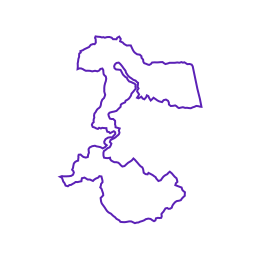 Iúna, Espírito Santo, Brazil, rotated 76°
{"feature_id": "56859067B16281611265313", "entity_name": "Iúna", "entity_type": "district", "adm_level": 2, "iso_a3": "BRA", "parent_name": "Brazil", "parent_adm1": "Espírito Santo", "projection": "mercator", "projection_center": [-41.662, -20.355], "detail": "fine", "context": "isolated", "style": "outline", "palette": "violet", "viewbox_px": 256, "rotation_deg": 76, "n_neighbors": 0, "source": "geoboundaries", "source_scale": "gbopen_adm2", "svg_char_len": 5679}
<svg xmlns="http://www.w3.org/2000/svg" viewBox="0 0 256 256"><g transform="rotate(76 128 128)"><path d="M58.7,162.7L58.4,160.8L58.9,159.0L60.1,157.4L61.3,156.3L62.3,155.0L62.7,153.2L63.3,151.1L64.4,149.0L64.5,146.2L65.6,143.9L65.2,141.9L64.0,140.5L64.1,138.5L65.9,138.0L67.4,138.3L69.8,138.6L71.2,138.1L72.6,137.1L74.9,137.2L77.2,138.2L79.0,139.4L81.3,140.6L83.6,141.4L85.4,141.8L86.7,142.2L88.2,142.2L90.3,142.1L91.7,143.0L93.1,144.0L94.3,146.1L96.6,147.8L99.1,148.8L100.7,149.8L101.6,151.3L102.2,152.9L103.4,154.4L104.6,155.4L105.9,157.1L107.9,158.0L109.8,158.2L111.1,159.1L112.5,159.6L114.1,159.9L114.8,161.3L116.2,162.3L118.4,162.0L119.4,160.3L120.8,158.8L121.6,157.4L120.8,156.0L121.9,154.4L121.6,153.0L122.3,151.2L122.9,149.0L124.4,149.2L126.6,149.0L127.3,147.4L128.7,146.6L128.2,144.7L127.7,142.5L129.0,141.5L130.7,141.8L132.3,144.2L133.3,145.6L132.7,147.5L132.5,149.6L133.4,152.5L135.4,154.3L136.8,154.6L138.2,154.0L139.6,152.8L141.0,154.9L141.7,157.4L139.9,159.4L139.0,161.2L138.2,163.0L137.2,164.4L137.0,167.1L137.6,169.9L139.0,171.4L140.8,171.7L142.6,171.9L144.2,173.1L146.4,174.0L146.5,176.1L145.3,178.3L143.6,179.6L142.3,180.4L142.0,182.3L143.3,183.0L144.6,183.2L146.1,183.8L147.6,184.3L147.7,186.0L148.1,187.4L149.3,189.1L151.5,190.2L153.4,191.0L155.0,192.3L156.5,191.5L158.1,191.3L160.0,192.6L160.7,194.6L160.5,196.9L160.0,199.4L159.4,202.0L158.7,203.7L158.9,205.7L160.2,204.2L162.3,203.9L164.3,203.8L165.6,203.1L166.9,202.8L168.8,202.5L170.0,200.4L169.2,198.7L169.4,196.9L168.9,195.5L168.5,193.8L167.7,191.9L168.3,189.9L168.3,188.0L168.4,186.1L166.9,185.5L165.6,184.9L165.6,182.2L167.0,180.8L168.2,179.7L168.8,177.4L169.9,176.1L170.9,174.8L170.0,173.4L169.3,171.5L168.9,168.9L167.8,167.4L168.6,165.5L170.8,165.5L172.8,165.5L174.4,165.8L175.7,167.6L177.6,168.4L178.9,169.3L180.3,168.5L181.7,168.3L183.4,168.2L185.3,168.0L187.3,168.3L188.3,169.8L189.3,171.5L191.0,171.7L192.9,171.9L194.9,171.7L197.6,170.6L199.6,169.8L202.0,169.0L203.5,168.4L205.2,167.3L207.1,165.2L208.8,164.2L210.1,163.3L211.5,162.1L213.3,161.2L214.3,160.1L215.6,158.7L217.2,158.1L217.9,156.3L218.6,153.9L218.8,151.7L218.9,149.4L219.5,147.3L220.7,145.9L222.0,144.3L221.9,142.5L222.2,140.7L221.8,138.9L221.7,136.4L221.4,134.4L220.8,132.9L220.8,130.3L221.7,128.1L223.5,126.6L224.7,125.3L224.3,123.8L222.4,122.7L222.4,120.7L223.0,119.2L223.2,117.5L221.8,116.6L219.6,116.4L218.6,115.2L217.7,113.8L216.6,112.7L215.1,111.1L215.1,109.3L216.2,108.3L216.5,106.7L215.9,104.8L214.5,104.0L213.2,102.8L212.0,101.2L211.2,99.9L210.7,98.3L210.9,96.1L210.8,94.2L209.6,92.9L208.5,91.2L207.5,89.3L206.2,89.0L204.1,88.3L202.6,89.5L201.1,90.3L198.7,90.4L197.7,91.9L196.4,93.8L194.9,95.9L193.2,94.9L192.2,93.1L190.5,93.0L188.5,93.1L186.6,94.5L184.4,95.6L182.7,96.4L180.5,98.0L181.2,99.5L182.3,101.1L182.9,103.5L183.7,105.3L185.0,107.0L186.6,108.8L186.8,111.3L185.2,112.1L183.9,112.8L182.4,113.1L181.2,114.2L179.6,115.5L177.7,117.6L176.5,119.0L177.7,120.2L177.0,122.1L175.2,123.6L173.2,123.4L171.6,123.3L169.7,123.6L168.1,125.1L166.1,126.2L164.0,127.2L162.3,128.1L160.5,129.0L158.9,130.1L160.4,132.2L161.2,134.4L161.7,136.2L162.8,138.3L164.1,140.6L164.0,142.8L162.4,144.0L160.6,144.9L159.3,145.8L158.3,147.7L157.9,149.5L157.0,150.6L155.6,152.1L154.1,152.8L152.5,152.6L152.4,154.6L151.9,156.5L151.0,158.4L149.0,158.5L147.6,158.2L146.0,157.8L144.5,156.9L143.8,155.0L142.6,152.6L142.3,150.5L140.8,149.0L139.1,147.9L137.2,149.0L135.5,147.9L135.0,146.0L134.6,143.9L134.0,142.3L133.2,140.9L132.6,139.5L131.8,138.3L130.5,137.4L128.2,137.5L126.4,136.2L125.3,138.1L124.3,139.9L122.7,139.6L121.2,139.7L119.8,139.2L117.8,138.8L115.7,140.2L115.3,141.9L114.5,143.3L111.7,143.8L109.9,143.7L108.7,142.3L108.6,140.8L108.6,139.1L108.7,137.4L108.6,135.0L107.1,132.6L105.7,130.1L103.6,129.3L103.0,128.0L102.7,126.3L102.4,124.6L100.9,123.7L100.5,121.9L99.8,120.2L98.8,118.9L97.3,117.3L95.5,116.3L94.3,114.5L93.1,112.9L91.6,110.9L89.6,110.8L87.7,110.1L86.3,111.2L85.4,112.4L84.2,113.8L83.1,115.6L80.8,116.7L78.9,117.0L78.0,118.1L76.6,119.0L74.9,120.0L71.8,120.7L69.8,121.2L69.0,123.3L68.3,125.4L66.7,126.6L64.7,126.5L63.1,125.3L62.1,123.4L62.3,121.2L63.7,120.2L65.2,119.4L67.0,118.6L68.9,117.9L70.2,117.3L71.8,116.6L74.0,116.5L75.3,116.0L77.3,115.3L79.1,114.1L80.5,112.8L82.6,111.1L83.8,109.2L85.3,108.4L86.6,107.3L88.4,107.9L90.4,108.7L92.2,108.2L93.4,109.6L94.7,110.3L96.3,109.7L98.1,109.1L99.5,110.4L100.8,111.9L101.7,110.7L101.4,109.2L100.8,107.5L103.0,106.6L104.1,105.2L102.6,103.0L100.9,101.8L101.9,100.6L104.1,100.2L106.8,99.3L106.0,97.8L104.8,95.9L106.7,94.2L108.4,92.8L109.7,91.3L111.1,88.7L109.6,86.7L109.6,84.3L111.3,82.6L113.2,82.2L115.1,82.6L117.0,81.2L117.4,78.9L117.5,76.8L118.5,75.7L120.0,74.8L121.0,73.7L121.0,71.6L121.1,69.7L122.3,67.7L122.7,65.7L123.4,64.1L124.0,62.3L123.6,60.1L123.5,58.4L123.1,56.4L123.9,54.4L124.7,53.0L125.2,51.6L117.4,51.2L106.8,51.2L83.8,50.3L81.9,50.9L80.8,52.7L80.4,55.0L77.9,57.4L77.9,58.9L77.0,60.2L77.1,62.4L76.3,64.4L76.1,66.5L75.4,69.5L74.8,71.7L75.0,73.9L75.0,76.2L73.7,77.5L72.4,78.5L72.0,80.3L71.7,82.4L71.4,83.9L70.7,86.4L70.3,88.8L71.5,90.4L71.9,92.2L71.2,93.5L70.1,94.9L69.0,96.6L67.4,97.1L65.3,96.8L63.1,97.9L61.6,97.6L59.7,98.8L58.7,101.3L57.0,102.8L55.4,103.8L53.4,104.4L50.9,104.9L48.6,105.3L48.0,107.3L47.7,109.2L45.6,111.4L43.7,112.5L42.0,114.7L39.8,113.5L37.2,114.4L37.8,116.6L39.1,117.7L38.2,121.0L36.4,122.0L35.2,124.0L34.7,126.5L34.8,128.6L33.9,129.9L33.8,131.4L32.9,132.9L32.1,135.3L31.3,137.3L32.6,138.2L34.0,137.9L37.4,138.6L38.6,140.1L38.1,141.6L38.3,144.0L40.0,146.2L41.0,151.3L41.6,153.0L41.9,155.6L43.3,155.6L44.0,157.3L45.4,157.8L47.1,158.2L48.9,159.4L51.5,160.4L53.2,161.2L55.2,161.6L56.8,162.0L58.7,162.7Z" fill="none" stroke="#5b21b6" stroke-width="2"/></g></svg>